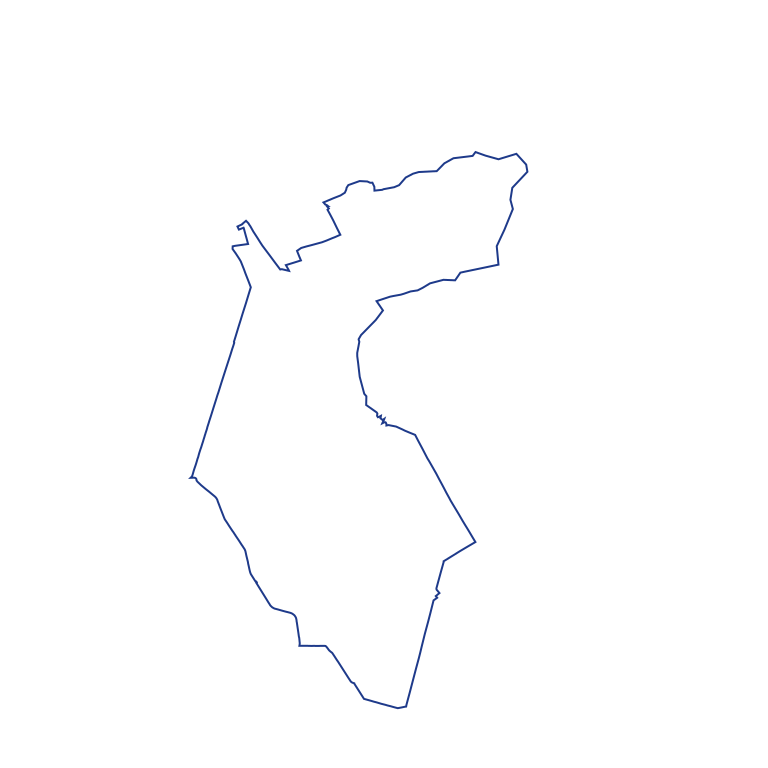 Gustavo A. Madero, Distrito Federal, Mexico (Albers equal-area conic projection), rotated 37°
{"feature_id": "50627088B27895392643448", "entity_name": "Gustavo A. Madero", "entity_type": "district", "adm_level": 2, "iso_a3": "MEX", "parent_name": "Mexico", "parent_adm1": "Distrito Federal", "projection": "albers", "projection_center": [-99.115, 19.519], "detail": "fine", "context": "isolated", "style": "outline", "palette": "blue", "viewbox_px": 768, "rotation_deg": 37, "n_neighbors": 0, "source": "geoboundaries", "source_scale": "gbopen_adm2", "svg_char_len": 5397}
<svg xmlns="http://www.w3.org/2000/svg" viewBox="0 0 768 768"><g transform="rotate(37 384 384)"><path d="M286.0,575.3L288.2,573.5L288.5,573.2L289.3,572.8L290.0,572.6L290.6,572.6L291.0,572.7L291.5,573.0L292.0,573.5L292.4,573.9L292.8,574.0L293.2,574.1L293.8,574.3L299.1,574.9L301.2,575.0L304.9,575.2L309.5,575.3L313.5,575.5L315.9,575.6L317.2,575.7L317.7,575.8L318.9,576.1L319.6,576.4L320.5,576.8L321.9,577.8L325.3,579.9L327.0,581.0L328.6,582.0L331.7,583.9L336.4,586.8L338.3,587.9L338.9,588.1L342.1,589.2L345.3,590.4L348.1,591.4L351.2,592.5L352.6,592.9L354.0,593.4L355.6,594.0L356.1,594.1L356.3,594.2L356.6,594.4L357.0,594.5L362.8,596.5L367.1,598.1L368.7,598.6L368.9,598.7L371.4,599.6L372.0,599.8L372.6,600.1L372.8,600.2L373.2,600.5L373.6,600.7L373.9,600.9L377.6,604.1L381.4,607.2L382.5,608.1L383.8,609.4L384.2,609.7L385.5,610.8L388.4,613.3L389.5,614.2L390.4,614.9L391.0,615.3L391.3,615.5L391.8,615.8L392.4,616.1L392.7,616.2L399.0,618.6L400.8,619.2L401.0,618.7L401.6,618.9L402.1,619.2L402.0,619.8L403.6,620.4L406.4,621.5L412.1,623.7L419.1,626.4L423.4,628.1L424.3,628.4L424.6,628.5L426.0,629.1L426.3,629.2L427.2,629.4L428.2,629.5L429.0,629.6L429.3,629.6L430.0,629.5L431.5,629.3L431.8,629.2L434.7,628.0L439.4,626.2L442.4,625.0L444.5,624.1L446.7,623.2L448.0,622.8L448.5,622.7L449.2,622.6L450.2,622.6L451.2,622.6L451.9,622.7L452.8,623.0L453.6,623.3L454.4,623.7L454.7,623.9L455.5,624.6L456.1,625.1L457.2,626.3L457.9,626.9L465.2,634.1L468.2,637.1L469.0,637.7L470.4,639.2L471.3,640.2L472.7,641.7L473.5,643.0L474.0,644.0L480.1,639.4L483.9,636.7L485.0,635.8L488.8,633.0L492.9,629.8L494.1,628.9L495.0,628.4L496.0,628.5L497.0,628.7L500.3,629.7L501.1,629.8L502.4,629.9L504.4,629.9L508.1,631.2L513.3,633.1L513.8,633.2L516.5,634.2L532.1,640.0L536.3,641.5L536.6,641.6L537.0,641.6L537.6,641.7L538.0,641.6L539.0,641.4L540.4,640.9L540.9,641.3L549.5,644.5L557.5,647.5L564.4,644.8L567.1,643.8L569.5,642.8L571.9,641.9L574.1,641.1L578.4,639.3L580.3,638.6L583.1,637.4L585.7,636.4L587.7,635.6L590.1,634.6L591.2,633.4L591.9,632.6L592.2,632.3L593.6,630.7L594.9,629.2L595.8,628.3L595.7,628.1L595.0,626.7L592.9,621.5L590.2,614.8L586.7,606.3L584.9,601.9L581.0,592.4L576.7,581.7L574.6,576.7L572.2,571.2L567.0,559.0L562.3,547.3L559.0,539.3L556.8,534.1L553.8,527.0L555.1,522.7L553.0,522.2L554.1,517.6L549.8,516.6L549.3,516.2L548.8,515.6L544.3,504.3L542.5,499.8L538.8,490.3L538.3,489.7L541.8,480.7L545.2,471.9L547.9,465.3L552.1,455.2L547.6,453.4L541.8,451.0L536.8,449.0L534.2,448.0L529.2,446.0L522.1,443.0L511.2,438.6L507.3,437.0L505.0,435.9L499.2,433.3L494.6,431.1L490.1,429.0L485.5,426.9L479.8,424.2L471.7,420.7L466.6,418.5L463.5,417.3L461.4,416.3L453.7,412.6L445.5,408.8L439.5,405.9L433.5,407.5L428.8,408.7L426.1,409.2L419.3,410.7L412.3,414.1L410.9,415.7L410.6,415.3L410.2,414.7L409.9,414.4L409.2,414.1L408.7,413.7L408.2,413.7L407.5,414.3L407.2,414.6L407.0,415.0L406.3,416.4L406.0,415.2L405.8,414.2L405.6,412.8L405.2,411.6L405.0,412.2L404.5,413.6L401.8,413.5L401.7,413.2L401.4,412.6L400.7,411.3L400.1,412.6L399.8,413.2L399.1,414.2L397.6,413.6L396.5,411.6L395.3,411.1L382.4,411.5L377.3,404.4L374.1,403.7L360.3,392.9L350.6,382.7L345.9,377.9L343.9,375.3L341.1,369.6L339.0,365.4L338.9,365.2L338.5,364.8L337.7,364.3L336.8,363.5L336.2,358.7L338.9,337.9L338.9,325.9L328.2,322.3L330.4,319.1L336.3,310.6L338.7,307.9L343.6,302.6L345.6,299.9L349.5,294.1L354.5,289.0L357.0,283.9L360.2,275.9L362.4,273.1L368.8,265.0L378.4,258.4L378.0,249.1L380.9,245.7L393.1,231.8L403.6,219.8L391.1,206.1L389.2,197.2L387.3,188.2L381.6,166.7L374.1,160.8L368.4,150.1L370.8,128.2L365.5,123.2L356.5,121.5L351.2,120.5L340.2,135.6L335.6,137.4L327.7,140.5L317.5,143.7L317.5,148.5L313.9,152.0L303.6,161.9L299.4,171.4L298.0,182.3L295.2,184.6L284.2,193.8L280.6,198.6L277.1,206.0L276.4,216.1L273.7,220.7L266.4,228.7L265.7,230.0L260.0,235.3L257.6,232.3L253.6,230.2L251.8,231.6L248.8,232.3L242.4,236.6L235.8,246.6L236.0,249.7L236.9,251.6L237.6,254.8L235.8,259.6L231.8,266.1L226.4,275.4L229.2,276.0L230.2,275.7L230.5,275.6L231.1,275.5L231.9,275.6L232.1,275.6L231.6,276.0L231.5,276.4L231.9,276.5L234.3,277.0L234.0,278.8L239.5,281.3L245.0,283.9L248.9,285.9L252.8,287.9L259.3,291.1L256.4,296.3L254.9,298.7L251.8,304.0L249.2,308.1L245.1,313.4L242.7,316.5L239.2,320.9L236.0,325.2L234.4,330.0L239.5,333.1L243.3,335.3L239.8,340.2L234.1,348.1L239.0,350.2L240.1,350.8L233.3,353.8L232.2,355.0L223.8,352.6L215.4,350.1L208.4,348.1L203.6,346.7L200.0,345.4L194.5,343.3L187.9,340.9L182.2,338.4L180.6,337.9L179.2,337.3L177.6,337.0L175.6,336.7L174.5,341.4L174.7,341.7L172.2,346.4L175.2,348.0L177.8,343.7L178.2,343.9L181.1,346.2L184.2,348.6L187.1,350.8L189.9,353.0L191.2,354.0L187.9,357.3L181.7,363.5L180.3,365.1L181.8,367.3L187.2,369.0L193.0,371.1L195.9,372.3L203.3,376.8L206.5,378.9L213.5,383.2L219.4,386.9L221.9,393.8L225.2,402.8L228.7,412.8L231.0,419.1L233.2,425.3L236.9,435.4L238.8,440.7L239.6,441.2L240.9,444.9L241.5,446.8L243.8,453.2L248.9,468.0L252.8,479.2L253.0,479.8L256.8,490.4L257.8,493.5L258.9,496.5L261.3,503.3L263.9,510.6L264.9,513.4L266.8,518.9L267.4,520.5L269.0,525.1L269.3,525.6L270.0,527.5L270.4,528.7L271.0,530.5L271.3,531.2L272.0,533.3L272.2,533.7L272.8,535.4L273.4,537.1L274.1,538.9L274.8,541.0L276.1,544.6L276.7,546.6L277.5,548.9L278.1,550.6L278.9,552.6L279.6,554.3L280.1,556.0L280.2,556.3L280.8,557.8L281.5,559.7L281.8,560.5L282.6,562.8L282.7,563.2L284.1,567.4L285.8,571.8L286.2,573.1L286.2,574.0L286.0,575.3Z" fill="none" stroke="#1e3a8a" stroke-width="2"/></g></svg>